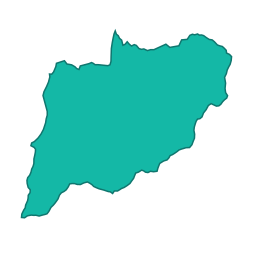 Guaíba, Rio Grande do Sul, Brazil (Equal Earth projection), rotated 187°
{"feature_id": "56859067B97108440127391", "entity_name": "Guaíba", "entity_type": "district", "adm_level": 2, "iso_a3": "BRA", "parent_name": "Brazil", "parent_adm1": "Rio Grande do Sul", "projection": "equal_earth", "projection_center": [-51.43, -30.165], "detail": "fine", "context": "isolated", "style": "filled", "palette": "teal", "viewbox_px": 256, "rotation_deg": 187, "n_neighbors": 0, "source": "geoboundaries", "source_scale": "gbopen_adm2", "svg_char_len": 2562}
<svg xmlns="http://www.w3.org/2000/svg" viewBox="0 0 256 256"><g transform="rotate(187 128 128)"><path d="M206.9,183.5L207.1,180.1L208.7,174.5L210.3,172.1L212.5,172.0L211.8,169.2L212.5,163.9L213.8,159.4L215.8,153.8L216.3,149.8L210.2,134.7L209.7,130.9L210.3,127.1L210.4,123.1L211.1,119.6L211.8,116.1L213.6,111.4L216.1,107.0L219.3,103.1L221.8,101.4L222.2,98.6L218.8,97.3L217.2,95.7L217.0,92.8L217.2,89.8L217.6,85.9L217.1,81.3L217.6,78.2L218.6,75.4L218.9,72.3L219.8,69.2L221.5,66.5L221.9,63.7L221.3,60.6L219.8,56.8L217.5,54.8L217.3,51.9L218.8,49.1L218.6,46.2L218.8,43.6L220.2,39.0L220.3,36.2L221.5,33.8L222.9,29.6L222.8,26.2L219.7,26.3L217.1,28.6L213.3,29.8L211.0,29.8L208.8,30.2L205.5,29.8L202.2,31.2L199.8,32.1L197.9,33.0L196.3,35.8L194.8,39.8L192.7,42.4L191.2,44.7L188.9,48.9L187.8,53.1L186.2,55.6L183.8,57.2L181.8,59.1L180.1,62.4L179.1,65.4L176.5,66.1L174.1,66.3L171.5,65.8L168.3,66.1L165.2,68.1L161.7,69.5L159.1,68.5L156.9,67.4L154.9,65.8L152.5,65.0L149.2,64.1L144.7,63.5L139.8,62.5L137.8,62.5L135.3,61.1L133.9,63.8L130.7,64.2L128.8,65.7L127.0,67.2L124.6,68.5L121.8,70.8L119.3,73.2L117.9,75.9L116.3,78.7L115.7,81.2L114.9,84.2L112.2,85.5L109.4,87.8L107.5,87.5L105.3,86.3L102.8,86.2L100.4,87.8L97.3,87.7L93.9,88.6L93.4,92.1L92.2,96.7L88.6,99.6L85.3,101.1L83.8,103.3L82.8,105.8L80.6,107.0L78.3,108.9L76.3,110.7L74.7,112.4L72.4,113.6L70.5,114.4L68.1,115.5L64.5,116.1L62.5,119.2L61.6,123.1L60.8,125.9L61.1,130.0L62.3,133.7L62.3,137.0L61.8,140.1L61.2,143.0L60.1,145.3L57.8,146.0L55.9,148.0L54.9,152.1L52.7,155.7L51.0,160.1L48.5,162.3L45.7,161.4L42.9,160.5L40.5,161.1L38.8,162.8L37.3,165.6L35.7,167.7L33.7,169.7L33.1,172.2L35.4,175.0L36.5,179.1L36.6,184.4L38.3,190.1L37.0,193.9L36.6,197.7L35.4,201.2L34.4,203.6L33.8,207.5L33.9,211.5L36.2,213.4L39.3,214.4L40.0,217.1L42.3,219.0L44.3,220.4L46.7,220.7L49.4,221.3L52.7,224.1L55.2,225.7L58.2,225.8L61.5,227.4L64.1,228.9L66.3,229.3L68.5,228.9L70.4,229.8L73.2,228.6L75.5,228.9L77.9,227.5L80.0,223.2L85.5,222.0L87.5,215.8L96.3,213.1L100.6,215.8L111.8,208.9L115.1,208.5L118.1,207.2L121.9,208.4L124.3,207.7L126.8,208.2L129.8,211.0L132.0,211.5L134.5,209.8L136.9,211.3L139.3,213.5L141.1,210.7L143.1,209.5L145.0,214.4L147.4,216.0L148.9,218.4L151.0,219.7L152.5,222.8L153.3,219.7L153.7,215.5L154.0,211.0L154.2,204.9L153.8,200.6L153.5,197.1L153.0,192.0L153.6,188.5L155.6,187.4L165.5,187.2L168.4,186.8L170.3,187.9L172.2,188.5L174.4,187.2L182.9,183.8L183.8,180.1L186.1,180.7L188.1,182.3L191.6,183.8L194.3,184.0L196.3,184.0L199.3,187.0L202.2,185.7L204.1,184.8L206.9,183.5Z" fill="#14b8a6" stroke="#0f766e" stroke-width="1.5"/></g></svg>